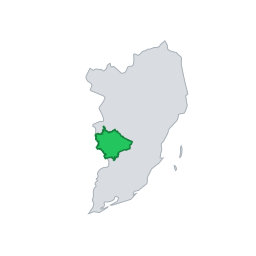 Catacamas, Olancho, Honduras (highlighted), rotated 120°
{"feature_id": "27666195B98073695243909", "entity_name": "Catacamas", "entity_type": "district", "adm_level": 2, "iso_a3": "HND", "parent_name": "Honduras", "parent_adm1": "Olancho", "projection": "natural_earth1", "projection_center": [-85.508, 14.563], "detail": "fine", "context": "in_parent", "style": "filled", "palette": "green", "viewbox_px": 256, "rotation_deg": 120, "n_neighbors": 0, "source": "geoboundaries", "source_scale": "gbopen_adm2", "svg_char_len": 7430}
<svg xmlns="http://www.w3.org/2000/svg" viewBox="0 0 256 256"><g transform="rotate(120 128 128)"><path d="M221.9,119.3L214.1,118.7L210.4,119.9L208.8,122.3L207.4,123.4L206.3,123.2L203.9,124.1L200.4,126.3L197.3,127.2L194.4,126.6L193.6,127.2L193.4,127.9L193.0,128.6L191.9,128.9L190.6,128.8L189.2,128.0L188.4,128.3L188.4,129.7L187.6,130.1L186.1,129.4L184.5,130.0L182.7,131.7L180.2,132.0L176.9,131.1L174.3,129.2L172.5,126.5L170.4,125.8L166.6,127.8L165.0,130.2L164.7,131.6L165.1,132.9L164.4,133.8L162.6,134.3L161.3,135.9L160.4,138.7L160.2,140.8L160.7,142.3L159.9,143.4L157.6,144.2L154.9,146.6L151.7,150.6L148.6,153.5L145.5,155.1L144.0,156.9L144.1,158.9L143.9,159.5L143.4,159.7L142.3,160.0L136.4,155.7L134.7,152.7L133.2,153.2L131.3,154.7L128.7,158.1L125.8,162.6L124.5,163.2L117.4,162.5L113.7,162.9L112.9,163.5L112.5,165.2L112.7,167.4L113.8,175.5L114.3,178.8L113.8,179.9L111.9,180.0L109.4,180.5L108.0,182.0L107.7,183.6L107.6,185.8L106.8,188.0L105.3,189.7L103.8,190.2L95.3,190.7L95.5,186.9L93.0,185.4L91.7,182.3L90.5,180.2L90.9,178.9L90.7,177.4L87.3,176.3L84.1,177.2L82.2,176.6L80.9,175.8L83.2,173.9L83.4,172.8L82.7,172.0L81.9,171.5L82.1,169.4L82.6,166.9L83.9,161.1L83.4,160.1L81.3,158.4L78.6,158.2L75.6,158.8L74.1,157.9L72.9,155.9L70.7,154.9L66.9,156.5L62.9,158.9L61.7,159.8L60.7,159.7L60.2,157.9L60.0,155.8L59.8,155.2L57.7,154.5L55.2,153.9L53.9,153.4L52.7,151.9L49.7,150.1L49.0,148.7L45.1,145.5L44.3,144.0L43.4,142.8L41.4,141.4L39.9,141.7L34.9,139.9L34.1,139.7L34.8,138.2L36.4,135.7L39.9,133.0L40.2,130.8L39.3,126.5L38.4,123.8L38.9,122.6L40.0,117.6L40.9,116.5L45.9,114.0L46.4,113.6L50.4,110.1L54.8,106.2L59.4,102.0L64.5,97.2L67.3,94.4L68.6,93.2L71.5,94.2L73.9,91.9L75.2,91.2L78.3,88.4L79.3,87.8L84.5,86.7L87.1,86.8L89.3,89.5L91.0,91.0L94.3,89.7L97.1,89.4L108.5,92.0L113.1,90.9L121.4,90.6L125.2,91.3L130.5,87.6L133.9,86.9L137.9,85.2L137.3,83.5L136.4,82.7L142.5,83.5L151.5,87.1L161.2,86.5L164.7,84.5L166.9,83.9L176.8,87.7L179.4,90.6L181.5,90.9L183.1,90.2L183.5,89.6L181.5,89.0L180.6,88.1L188.4,89.9L203.2,103.5L203.5,104.7L197.2,100.6L193.9,100.9L193.0,101.6L193.2,103.8L193.5,104.8L194.9,104.9L196.0,104.3L198.6,105.1L200.3,106.5L202.4,108.8L203.6,111.2L205.0,111.3L206.3,109.8L208.8,109.6L210.4,111.3L211.6,111.2L210.0,108.6L206.2,106.1L207.1,106.0L215.5,110.5L217.8,116.2L219.8,117.5L221.9,119.3ZM123.3,70.1L118.4,72.9L116.9,72.9L119.1,70.7L122.7,68.9L125.7,68.0L128.2,68.4L123.3,70.1ZM139.8,67.2L137.5,69.2L137.1,68.3L138.2,66.4L139.6,65.3L141.0,65.4L140.6,66.3L139.8,67.2Z" fill="#d9dde1" stroke="#a8b0b8" stroke-width="1"/><path d="M148.9,152.2L149.0,152.3L149.4,152.3L149.2,152.5L149.3,152.7L150.0,152.9L150.4,152.8L150.5,152.7L150.4,152.5L150.4,152.4L150.5,152.3L150.8,152.3L150.8,152.1L150.8,151.7L150.9,151.4L151.0,151.4L151.1,151.8L151.3,151.7L151.2,151.5L151.2,151.4L151.5,151.4L151.6,151.5L151.7,151.2L151.8,151.2L152.0,151.2L152.2,150.8L152.3,150.7L152.5,150.5L152.7,150.8L153.1,150.7L153.3,150.4L153.4,150.5L153.7,150.2L153.9,150.2L153.9,149.8L154.1,149.7L154.0,149.4L154.1,149.0L154.1,148.8L154.3,148.6L154.4,148.4L154.6,148.3L154.6,148.2L154.8,148.1L154.8,147.9L154.6,147.6L154.8,147.5L154.8,147.3L154.8,147.1L154.8,146.9L154.6,146.8L154.5,146.7L155.0,146.6L155.0,147.0L155.3,146.8L155.4,146.5L155.4,146.3L155.8,146.3L155.8,146.2L155.8,145.8L155.9,145.7L156.1,145.7L156.8,145.4L157.0,145.5L157.4,145.6L157.4,145.4L157.6,145.3L158.0,145.3L158.0,145.2L158.2,145.4L158.5,145.3L158.9,145.6L159.2,145.5L159.3,145.6L159.5,145.5L159.9,145.5L160.1,145.4L160.5,145.7L160.7,145.4L160.8,144.9L161.0,144.7L161.4,144.3L161.4,144.2L161.5,144.0L161.5,143.8L161.2,143.6L160.9,143.5L160.7,143.3L160.6,142.7L160.4,142.9L160.3,142.6L160.3,142.4L160.1,142.2L160.3,142.1L160.2,141.9L160.2,141.6L159.9,141.4L159.6,141.5L159.5,141.2L159.9,140.8L160.0,140.5L160.1,140.1L160.4,140.1L160.5,139.8L160.5,139.5L160.7,139.3L160.7,139.1L160.6,138.6L160.7,138.2L160.6,137.9L160.9,137.6L161.1,137.7L161.2,137.4L161.5,137.4L161.7,136.7L162.0,136.1L161.9,135.9L161.7,135.2L161.9,135.0L161.9,134.6L161.7,134.5L161.6,134.4L161.8,134.1L162.1,134.1L162.3,133.8L162.5,133.8L162.5,134.0L162.8,134.1L162.9,134.5L163.0,134.7L163.2,134.9L163.5,134.9L163.9,134.7L164.2,134.7L164.4,134.4L164.8,134.1L165.5,132.9L165.0,133.0L164.9,132.9L165.1,132.5L165.4,132.4L165.4,132.2L165.4,131.9L165.3,131.7L165.1,131.5L164.6,131.4L161.3,127.5L161.5,127.4L161.9,127.2L161.9,126.8L161.7,126.7L161.8,126.2L162.0,126.0L162.0,125.8L162.0,125.7L162.1,125.4L162.2,125.1L162.1,124.8L162.2,124.6L162.3,124.5L162.5,124.6L162.7,124.4L162.9,124.3L163.0,124.2L163.0,123.9L162.9,123.9L162.9,124.1L162.6,123.9L162.5,124.0L162.4,124.0L162.2,124.0L162.0,123.7L161.9,123.6L161.7,123.7L161.4,123.8L161.3,124.1L161.2,124.1L161.2,123.7L160.9,123.6L160.8,123.8L160.7,123.9L160.7,124.1L160.8,124.4L160.7,124.5L160.8,124.7L160.8,124.9L160.7,124.8L160.4,124.9L160.2,124.5L160.1,124.4L160.0,124.5L160.0,124.4L159.9,124.5L159.9,124.4L159.8,124.2L159.7,124.1L159.4,123.9L159.2,123.7L159.1,123.4L158.9,123.5L158.7,123.5L158.7,123.4L158.6,123.5L158.4,123.5L158.3,123.4L158.2,123.2L157.8,123.0L157.8,122.8L157.6,122.8L157.6,122.6L157.2,122.8L157.0,122.6L156.7,122.9L156.4,123.0L156.2,123.2L155.9,123.2L155.7,123.1L155.3,123.0L155.2,123.2L155.1,123.5L154.8,123.7L154.7,123.8L154.9,123.9L154.6,124.0L154.5,123.9L154.4,123.9L154.3,123.7L154.2,123.7L153.9,123.8L153.6,123.7L153.2,123.7L148.5,120.1L148.4,119.9L147.8,118.2L147.5,118.1L147.4,118.3L145.0,116.1L144.1,116.3L142.1,117.9L141.8,117.9L141.6,117.8L140.5,117.1L137.9,117.4L137.7,117.9L138.5,121.8L138.3,121.9L138.2,121.8L138.6,127.6L138.6,127.8L138.3,127.8L138.2,128.0L137.9,128.1L138.0,128.3L138.0,128.5L138.2,128.8L138.3,128.8L138.2,129.0L138.4,129.3L138.3,129.7L138.4,130.0L138.2,130.2L138.1,130.6L137.6,131.2L137.0,132.2L137.1,134.1L136.8,134.5L136.4,134.8L136.3,135.1L136.2,135.1L136.1,135.4L136.2,135.7L136.4,136.0L136.7,135.8L137.0,136.1L136.9,136.4L136.9,136.7L136.8,137.0L136.7,137.0L136.6,137.3L136.3,137.7L136.2,138.1L135.9,138.3L135.8,138.5L136.0,138.6L136.1,138.9L136.5,139.0L137.2,138.7L137.3,138.9L137.4,139.3L137.5,139.4L137.7,139.6L137.8,139.7L137.9,139.9L138.0,140.0L138.6,139.9L138.9,140.0L139.2,140.0L139.4,140.2L139.5,140.3L139.7,140.7L140.1,141.0L140.2,141.4L140.2,141.6L140.5,141.7L140.6,141.9L140.8,141.7L141.1,141.7L141.5,142.0L141.8,142.6L141.8,142.9L141.5,143.3L141.4,143.4L141.3,143.6L141.2,143.8L141.3,144.0L141.2,144.1L141.2,144.3L141.1,144.5L141.4,144.8L141.2,145.1L141.3,145.2L141.4,145.6L141.3,145.9L141.4,146.1L141.3,146.5L141.1,146.7L140.9,146.8L140.8,147.0L140.6,147.0L140.4,147.2L140.4,147.3L140.2,147.5L140.1,147.4L140.0,147.6L139.8,147.6L139.6,147.7L139.5,148.0L139.3,148.2L139.2,148.6L139.0,148.8L138.8,149.5L138.7,149.9L138.8,150.0L139.0,150.1L139.3,150.0L139.6,149.7L139.8,149.3L139.7,149.1L139.8,148.7L140.4,148.4L140.5,148.3L140.5,148.1L140.8,147.9L141.1,147.9L141.2,148.0L141.5,148.4L141.6,148.6L141.7,148.8L142.1,148.8L142.6,148.8L142.7,148.2L142.9,148.0L142.9,147.5L143.0,147.5L143.2,147.4L143.3,147.5L143.4,147.8L143.7,147.9L143.8,148.0L144.0,147.9L144.3,147.8L144.6,147.8L144.8,148.0L145.2,148.1L145.4,148.0L145.6,148.2L145.9,148.3L146.0,148.4L146.2,148.1L146.3,147.9L146.3,147.7L146.5,147.9L146.8,148.2L146.9,148.6L147.3,148.7L147.4,148.8L147.5,149.2L147.6,149.3L147.7,149.6L147.8,149.8L147.9,150.2L147.7,150.2L147.8,150.5L147.7,150.6L147.7,150.8L147.7,151.0L147.8,151.3L148.0,151.2L148.2,151.5L148.4,151.6L148.7,151.6L148.9,152.0L148.9,152.2Z" fill="#22c55e" stroke="#15803d" stroke-width="1.5"/></g></svg>